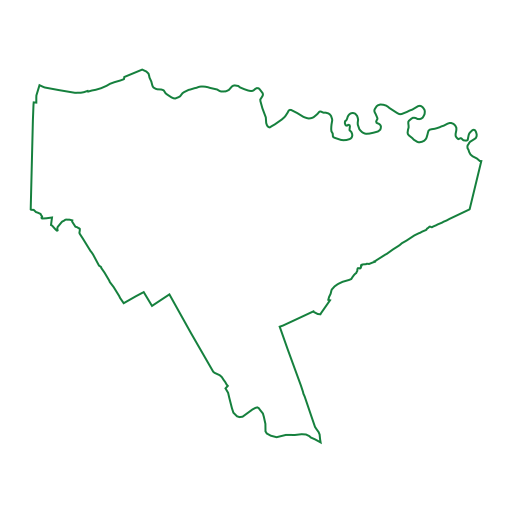 the district of Gorgota, Prahova, Romania
{"feature_id": "2599482B64281758145187", "entity_name": "Gorgota", "entity_type": "district", "adm_level": 2, "iso_a3": "ROU", "parent_name": "Romania", "parent_adm1": "Prahova", "projection": "mercator", "projection_center": [26.09, 44.773], "detail": "fine", "context": "isolated", "style": "outline", "palette": "green", "viewbox_px": 512, "rotation_deg": 0, "n_neighbors": 0, "source": "geoboundaries", "source_scale": "gbopen_adm2", "svg_char_len": 5984}
<svg xmlns="http://www.w3.org/2000/svg" viewBox="0 0 512 512"><path d="M481.3,161.1L479.8,161.0L476.9,158.5L472.6,156.3L470.5,154.5L469.2,152.1L468.4,149.6L467.6,148.4L467.4,146.8L467.6,145.4L468.5,144.2L469.2,142.9L470.1,141.8L474.8,138.8L475.9,137.9L476.6,136.2L476.7,134.7L476.4,133.3L475.8,131.5L474.9,130.2L473.8,129.8L473.1,129.9L472.3,130.3L470.4,132.1L469.4,133.3L469.0,134.1L468.6,135.4L467.7,139.9L466.8,140.5L465.8,140.6L463.5,140.3L462.8,139.8L461.4,138.4L460.7,138.2L458.3,139.1L457.6,138.6L456.6,137.6L455.8,136.4L455.6,135.5L455.6,133.9L456.3,130.3L456.4,128.9L456.3,127.6L455.2,125.5L453.5,123.9L451.2,123.0L449.6,123.0L447.5,123.7L443.7,125.7L441.4,126.4L439.8,127.2L436.8,128.2L434.6,128.8L431.7,129.2L429.7,129.7L428.5,130.8L428.0,132.3L427.5,134.4L426.5,137.8L425.7,139.2L424.1,140.8L421.9,141.8L419.3,142.3L418.3,142.2L417.2,141.8L413.8,139.7L412.3,138.1L408.9,135.4L407.9,134.1L407.6,132.7L408.0,129.7L408.6,127.6L408.6,125.9L408.3,123.5L408.3,121.9L408.9,120.8L411.5,118.6L412.9,117.8L414.4,117.8L415.8,118.1L417.5,119.0L419.7,119.1L421.3,118.6L422.7,117.6L423.6,116.1L424.5,114.3L424.7,113.0L424.8,111.3L424.5,109.9L423.5,108.3L422.5,107.1L421.2,106.2L420.2,105.9L419.2,105.9L418.0,106.2L412.3,109.6L409.5,110.6L407.0,111.9L401.7,114.0L400.1,114.2L398.8,113.9L396.8,112.8L389.4,108.0L388.0,106.8L386.1,105.6L383.5,104.8L381.7,104.6L380.3,104.5L377.9,105.3L376.6,106.3L374.9,108.9L374.4,110.1L374.4,111.2L374.8,112.5L375.5,113.7L376.6,116.2L377.4,118.2L377.4,119.0L376.9,119.8L376.2,121.4L376.5,122.7L376.9,123.0L379.0,123.9L379.9,124.6L380.5,125.4L380.9,126.3L380.8,128.0L380.3,129.6L379.0,130.7L377.9,131.5L373.5,132.7L369.3,133.6L366.2,133.8L365.0,133.6L363.3,132.9L361.9,132.0L360.5,130.6L359.4,129.3L357.8,124.7L357.7,122.9L358.1,119.6L357.7,117.7L357.1,115.9L355.4,113.9L354.8,113.5L353.5,113.1L352.3,113.0L350.5,113.5L349.2,114.5L348.3,115.6L347.6,117.0L347.2,118.4L346.7,119.6L346.1,120.5L345.1,121.2L344.9,122.2L344.9,123.3L345.4,124.8L346.2,125.6L347.1,125.6L348.1,124.9L348.9,124.9L349.6,125.3L349.9,126.4L349.5,129.9L349.7,130.5L350.5,131.1L351.4,132.1L352.1,133.9L352.3,135.3L352.0,136.7L351.5,137.7L350.7,138.5L349.6,139.1L346.5,140.0L343.4,140.2L340.9,139.9L339.7,139.5L334.9,137.9L333.4,137.2L332.9,136.3L332.7,133.5L332.0,132.4L331.4,131.2L331.2,129.1L331.3,126.6L331.5,124.6L332.2,120.4L332.1,119.1L331.1,116.1L330.4,115.1L329.7,114.3L328.3,113.4L325.8,112.7L323.5,112.7L320.7,111.5L320.0,111.5L319.2,111.9L317.4,114.0L315.8,115.4L313.6,117.2L312.3,117.8L310.9,118.2L308.8,118.5L306.9,118.1L304.5,117.3L303.3,116.8L297.3,113.1L291.2,110.0L290.0,109.9L289.2,110.2L288.5,110.9L287.7,112.5L285.5,115.9L284.4,117.2L281.8,119.5L274.8,124.4L271.3,126.4L270.2,127.2L269.6,127.4L268.7,127.1L267.7,126.4L266.8,124.9L266.2,123.0L265.8,117.4L262.4,108.3L260.4,101.1L260.3,99.5L262.4,96.2L262.9,95.0L262.9,94.1L262.6,93.1L259.7,89.3L258.6,88.3L256.9,88.1L255.4,88.8L253.8,90.2L252.7,90.8L251.3,91.0L250.0,90.9L248.1,90.5L244.3,89.2L240.0,87.4L238.3,86.0L234.7,85.4L233.2,85.7L231.9,86.5L228.9,89.9L226.9,90.9L225.5,91.4L221.2,91.5L219.6,91.0L217.1,89.5L210.0,87.9L207.8,87.2L205.2,86.7L202.6,86.5L200.2,86.6L198.5,87.0L196.5,87.8L194.5,88.2L190.4,89.5L188.6,89.9L184.1,92.1L182.5,93.2L180.1,96.3L178.5,97.2L175.2,98.5L173.6,98.3L171.5,97.4L167.1,94.5L165.6,93.3L163.8,90.5L162.9,90.0L161.2,89.5L157.4,89.3L155.7,88.8L153.6,87.6L152.8,86.6L152.3,85.3L151.3,81.5L149.5,77.6L149.1,75.6L148.5,73.6L146.3,71.5L142.2,69.6L124.3,77.0L124.0,79.0L123.3,79.4L120.3,80.5L114.4,82.2L110.0,83.8L106.6,85.8L101.1,88.2L95.7,89.8L91.9,90.5L88.1,91.6L87.7,90.9L83.8,92.2L81.0,92.7L74.9,92.8L58.9,90.1L44.8,87.5L43.7,87.1L39.5,85.2L36.4,95.4L36.3,97.4L36.3,102.6L33.7,102.4L33.5,104.7L32.9,120.0L30.7,209.4L31.2,209.8L33.7,209.9L36.0,212.1L37.6,212.6L40.5,213.9L41.5,215.8L42.1,216.4L42.0,217.0L41.5,217.8L41.6,218.1L41.9,218.4L42.3,218.5L46.2,218.3L52.0,217.5L51.0,225.0L52.2,225.7L55.3,229.2L56.8,230.6L57.3,230.6L57.6,230.4L57.3,228.6L57.5,227.4L57.8,226.8L61.5,222.3L62.3,221.5L63.7,220.9L65.1,219.9L66.0,219.6L69.6,219.7L72.3,220.4L72.1,221.3L72.3,221.9L75.4,226.7L77.3,227.3L78.6,228.2L79.2,228.3L79.8,228.9L79.8,230.3L79.4,232.9L79.8,233.9L82.8,238.5L90.5,251.0L91.5,252.2L93.0,254.4L99.0,265.6L100.0,266.3L100.7,266.7L101.2,267.3L101.3,268.0L104.5,272.6L109.3,280.7L109.6,281.6L110.0,282.3L113.6,287.0L119.1,295.9L120.1,298.0L123.7,303.2L135.8,296.3L143.7,292.1L152.0,305.9L169.4,294.4L190.8,332.8L213.2,371.7L214.5,372.8L219.7,375.2L221.3,376.6L221.9,377.2L223.7,380.0L225.2,382.0L226.6,384.5L227.8,385.9L225.5,388.4L228.1,392.8L229.3,397.9L231.9,408.1L233.4,412.7L237.0,416.3L239.5,417.1L242.6,416.7L252.4,409.5L255.4,407.9L257.3,407.4L258.7,408.1L260.1,410.0L262.9,413.5L263.9,417.0L265.4,423.9L265.5,431.4L266.8,433.5L270.8,435.7L276.6,437.2L286.0,434.9L294.8,435.0L301.7,434.2L306.0,434.5L309.3,436.1L310.8,437.5L314.9,439.3L320.6,442.4L320.1,439.4L319.6,434.5L318.6,432.1L316.3,428.9L315.0,426.9L310.9,414.9L304.7,396.6L303.4,393.7L303.0,391.9L301.0,385.8L287.6,349.1L279.7,326.7L282.9,325.6L311.2,312.4L313.4,311.4L313.5,311.8L317.7,314.0L320.4,314.3L321.0,313.2L330.0,300.3L328.3,299.8L329.1,296.9L330.6,293.8L331.5,290.2L331.9,289.4L334.6,286.4L337.4,284.4L338.6,283.7L342.6,281.8L349.2,279.9L351.3,279.0L352.4,277.2L354.1,274.9L355.4,273.6L356.2,273.1L356.7,271.9L357.3,270.9L357.4,269.3L357.7,268.4L357.9,268.2L359.4,268.2L359.9,268.5L360.9,267.7L361.0,265.7L361.2,265.3L361.5,265.3L361.4,264.9L361.8,264.7L363.0,264.4L366.0,264.2L366.6,263.8L368.0,263.8L369.0,264.0L372.7,262.5L374.8,261.8L374.6,261.3L375.5,261.0L376.3,260.3L385.5,254.5L386.6,254.0L393.0,249.4L397.9,246.3L399.7,245.1L401.9,243.2L406.5,240.6L414.4,235.4L418.9,233.2L419.9,232.9L422.2,231.6L426.0,230.0L426.5,229.6L426.8,228.9L427.2,228.5L428.2,227.9L429.5,226.7L430.3,226.7L431.5,227.2L432.0,227.2L433.2,226.5L436.3,225.2L437.5,224.5L442.1,222.6L443.6,221.7L446.6,220.5L449.5,218.9L469.3,209.5L469.7,209.1L469.8,208.6L481.3,161.1Z" fill="none" stroke="#15803d" stroke-width="2"/></svg>